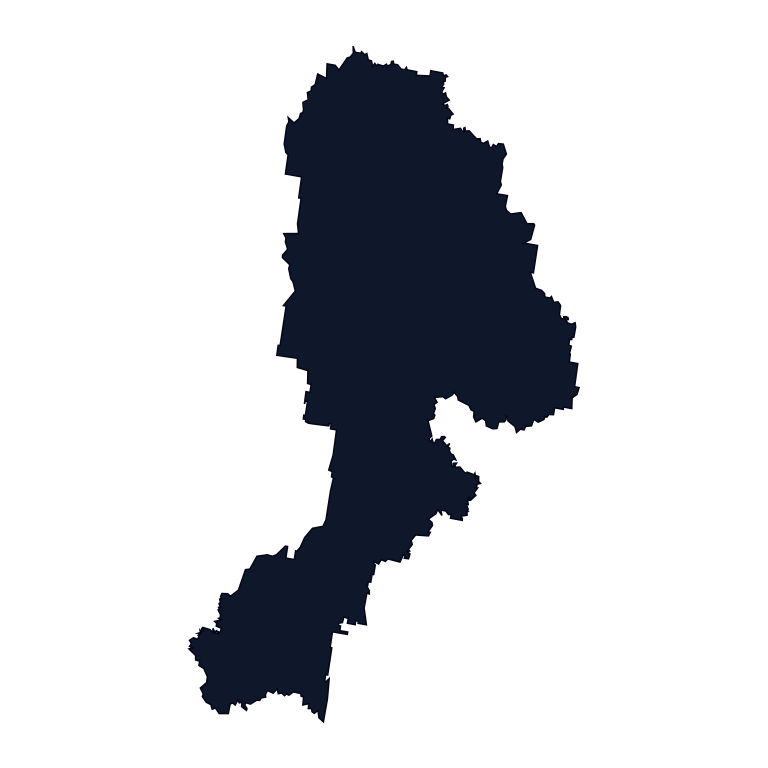 Bathurst, New South Wales, Australia (Equal Earth projection)
{"feature_id": "25037944B26387144583263", "entity_name": "Bathurst", "entity_type": "district", "adm_level": 2, "iso_a3": "AUS", "parent_name": "Australia", "parent_adm1": "New South Wales", "projection": "equal_earth", "projection_center": [149.529, -33.473], "detail": "fine", "context": "isolated", "style": "filled", "palette": "ink", "viewbox_px": 768, "rotation_deg": 0, "n_neighbors": 0, "source": "geoboundaries", "source_scale": "gbopen_adm2", "svg_char_len": 6077}
<svg xmlns="http://www.w3.org/2000/svg" viewBox="0 0 768 768"><path d="M323.4,721.9L327.4,699.1L329.2,678.6L325.8,681.9L324.8,680.5L325.6,674.7L327.7,675.0L331.8,647.8L330.1,647.4L332.5,631.9L347.3,634.4L347.7,632.0L339.9,630.7L340.5,625.9L338.4,625.6L338.8,623.2L342.4,622.6L343.9,616.9L348.3,618.6L347.3,623.2L355.2,624.7L355.7,620.7L358.4,621.3L358.1,623.3L366.4,624.8L364.1,608.1L366.9,593.0L369.3,594.0L369.3,590.7L366.4,585.5L367.7,585.6L368.3,581.7L370.8,582.2L372.1,574.3L373.7,574.6L375.3,565.0L373.9,564.0L374.1,561.6L378.6,564.0L381.2,559.7L385.4,561.4L387.8,558.9L400.0,562.1L403.2,555.1L405.3,555.6L404.3,558.2L408.5,558.8L410.0,553.9L407.2,551.7L409.7,551.0L408.3,549.6L412.2,544.5L411.2,540.4L415.7,535.0L428.5,535.9L430.3,532.3L427.8,532.1L432.5,525.5L432.0,522.5L428.3,519.1L436.0,513.7L437.7,509.5L442.0,515.5L440.8,510.1L445.7,511.0L448.5,514.6L451.3,514.4L450.4,518.2L462.3,520.4L462.3,518.2L460.7,518.0L461.7,516.1L467.1,515.2L467.0,512.1L468.3,511.2L466.6,510.3L468.2,509.2L466.3,504.3L468.2,504.6L467.4,498.9L469.2,497.4L468.6,500.4L470.8,500.1L475.9,495.3L474.0,492.9L477.6,488.0L476.2,488.1L477.0,485.9L475.3,484.7L480.5,483.4L478.6,481.4L478.7,476.6L476.4,475.7L475.6,477.8L474.9,473.2L474.0,474.7L467.1,472.1L465.2,473.4L460.0,467.0L455.7,467.3L454.9,465.8L456.6,463.1L453.2,463.3L452.8,466.6L451.3,465.8L451.3,460.9L453.7,459.1L455.8,459.9L453.2,454.8L450.9,453.8L449.3,450.5L449.9,448.2L447.8,446.9L449.7,443.5L446.7,445.8L442.4,440.6L445.3,437.6L444.5,436.6L441.5,436.6L440.3,439.4L436.4,439.5L435.0,442.9L432.9,442.2L432.1,439.0L430.7,441.4L429.3,440.7L429.3,438.2L431.8,436.0L428.0,420.6L433.6,418.6L434.9,415.2L433.5,413.8L435.3,408.4L433.9,404.6L437.1,402.3L434.4,397.4L442.9,396.7L445.7,398.8L452.6,394.8L453.9,392.1L457.6,396.4L458.3,400.0L468.8,405.3L471.0,409.8L474.1,411.3L473.6,417.0L475.9,421.9L482.2,418.2L485.7,420.8L486.3,425.9L492.8,428.8L497.0,428.5L498.7,422.0L504.5,421.8L506.0,419.6L505.8,416.3L507.1,416.1L508.0,420.9L515.0,426.6L516.6,432.5L520.4,429.2L524.0,429.9L525.7,426.4L531.5,425.9L533.8,419.3L538.2,422.2L543.9,419.5L545.1,416.6L546.9,417.2L548.9,414.5L553.5,414.7L554.6,407.8L563.2,409.4L563.5,407.0L571.8,408.6L572.1,397.8L577.0,394.5L579.1,387.6L574.6,386.7L577.8,363.6L569.3,362.0L570.3,354.1L569.4,353.9L571.4,346.2L568.8,345.1L569.3,341.6L569.6,339.3L571.7,339.6L572.0,337.3L573.9,337.2L575.7,326.9L575.1,322.7L571.6,324.2L567.3,322.8L566.3,319.6L568.3,319.5L568.0,317.6L566.3,316.7L563.7,316.8L563.8,319.0L561.3,318.5L559.4,314.6L560.6,305.5L558.0,301.8L553.8,302.4L551.4,296.5L550.0,298.0L544.8,297.0L544.6,293.5L541.5,290.3L535.6,288.3L530.3,272.3L533.4,272.9L537.6,245.5L523.9,243.0L530.7,239.4L534.6,225.1L533.8,223.7L527.0,223.7L521.1,212.6L510.6,214.0L506.5,210.3L505.3,206.5L507.5,195.6L496.7,193.8L501.3,185.0L500.4,181.5L502.7,167.6L502.1,163.9L503.1,158.8L506.4,154.1L503.3,144.1L498.5,143.6L496.5,146.5L493.3,144.5L491.6,147.6L489.7,147.5L487.7,141.0L483.5,143.3L480.8,142.4L480.2,138.7L476.5,138.8L469.2,130.8L465.3,131.0L464.9,127.6L463.7,128.2L463.9,131.5L462.6,131.6L460.4,128.3L453.1,129.5L453.4,125.1L447.6,123.9L447.5,117.9L449.7,118.8L450.9,115.2L453.1,114.1L448.3,108.2L445.7,108.1L448.0,106.2L447.3,104.5L445.0,105.5L442.3,104.0L449.2,100.0L446.4,96.9L445.5,92.8L443.4,94.2L441.6,92.3L444.1,87.7L441.4,86.9L443.7,84.3L443.1,82.0L445.1,81.3L445.5,77.2L447.6,76.6L446.3,74.9L443.3,75.8L442.8,73.0L430.8,70.7L430.0,75.9L416.3,75.3L416.8,71.7L407.1,69.8L406.4,67.4L404.8,69.7L401.1,69.1L397.6,64.7L393.6,64.1L393.3,61.2L391.5,61.5L390.9,64.6L387.3,66.0L386.5,64.2L383.3,66.0L377.7,64.3L376.4,66.1L374.8,63.4L372.6,66.6L371.5,60.9L368.3,59.9L366.8,53.5L364.7,54.7L361.5,51.6L360.8,53.3L355.1,52.2L353.1,46.1L353.3,53.2L350.1,57.1L347.2,57.9L339.0,70.0L335.2,65.3L327.1,63.8L326.5,78.5L317.7,74.0L315.2,84.6L311.5,87.1L311.0,91.0L307.4,92.5L308.2,99.8L302.9,102.4L303.5,110.3L302.7,112.7L300.6,113.4L299.1,118.6L294.0,122.9L288.2,117.5L288.9,121.8L286.7,125.8L284.2,143.9L285.9,152.6L288.1,154.7L285.4,174.0L301.6,176.9L298.7,197.9L301.1,198.3L297.5,223.8L298.6,233.5L283.7,233.6L286.0,238.0L285.4,241.9L287.6,249.3L282.6,255.1L282.4,257.5L289.8,264.8L288.7,268.7L290.8,278.7L293.0,281.8L295.3,291.0L283.4,305.6L286.1,306.1L280.1,345.6L278.2,345.3L276.8,355.3L297.4,358.3L297.3,367.5L307.9,370.6L307.6,383.5L311.1,384.5L310.0,392.4L306.0,391.6L304.4,404.0L305.4,401.1L307.5,401.4L305.4,415.3L303.8,415.1L303.3,419.0L305.8,419.4L305.5,421.6L308.2,423.1L312.1,423.8L328.8,425.9L329.1,423.6L331.2,424.0L330.5,428.9L336.5,429.9L333.1,455.2L328.7,470.1L332.2,471.6L331.5,476.8L335.0,478.9L333.3,478.6L330.4,491.4L326.0,519.8L323.0,526.3L312.5,528.3L304.6,537.6L300.3,547.2L296.8,551.2L295.6,550.8L294.3,559.6L285.9,558.0L287.6,546.5L285.4,546.1L276.6,554.6L272.6,556.3L267.3,554.8L257.0,556.2L249.8,569.1L245.5,569.6L238.4,590.1L230.5,596.2L227.7,593.7L221.9,593.5L220.5,596.7L221.7,598.1L219.6,599.1L220.5,602.3L219.0,603.7L220.3,607.0L218.6,607.4L219.4,608.9L218.1,609.8L220.5,614.7L220.1,617.8L218.6,618.3L221.0,620.0L214.7,621.4L216.8,623.6L216.2,626.1L221.3,628.3L220.3,632.4L217.1,631.2L218.1,633.6L215.4,633.4L216.1,631.0L214.6,631.9L213.0,628.3L212.8,632.8L210.1,629.6L202.8,627.4L201.9,628.5L203.0,630.5L201.5,629.6L201.3,631.8L200.1,630.4L200.4,632.5L197.7,633.4L200.1,633.9L198.1,635.5L198.9,636.8L197.5,639.2L193.5,637.7L189.5,640.3L191.4,643.7L189.6,646.3L192.5,647.9L188.9,648.9L195.6,655.5L195.6,660.0L199.7,661.2L198.9,665.5L203.8,668.5L207.4,676.7L206.6,682.6L200.3,688.0L203.3,693.9L202.3,696.5L206.3,702.3L210.9,704.6L212.2,709.3L215.4,707.9L219.2,713.6L228.3,713.6L230.2,703.9L232.8,703.1L235.2,705.0L237.8,700.1L239.3,702.9L242.0,702.2L241.6,706.6L246.4,710.4L247.0,708.7L244.8,705.1L245.6,702.7L250.5,704.1L256.7,700.2L259.8,700.4L261.1,698.0L265.7,697.1L265.4,694.7L267.4,690.5L273.2,693.2L277.2,688.9L278.3,693.7L281.8,693.1L284.4,695.7L286.4,694.0L288.9,695.2L293.2,692.0L300.7,693.5L301.2,696.3L303.6,696.9L302.8,705.0L308.7,703.7L308.3,708.6L311.6,708.6L312.0,711.7L314.3,713.4L318.0,710.4L318.9,717.7L323.4,721.9Z" fill="#0f172a" stroke="#020617" stroke-width="1.5"/></svg>